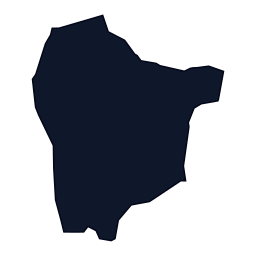 Eket, Akwa Ibom, Nigeria
{"feature_id": "59680162B97039944509950", "entity_name": "Eket", "entity_type": "district", "adm_level": 2, "iso_a3": "NGA", "parent_name": "Nigeria", "parent_adm1": "Akwa Ibom", "projection": "robinson", "projection_center": [7.954, 4.641], "detail": "fine", "context": "isolated", "style": "filled", "palette": "ink", "viewbox_px": 256, "rotation_deg": 0, "n_neighbors": 0, "source": "geoboundaries", "source_scale": "gbopen_adm2", "svg_char_len": 725}
<svg xmlns="http://www.w3.org/2000/svg" viewBox="0 0 256 256"><path d="M185.6,180.8L183.4,166.1L183.6,164.6L188.9,126.9L188.3,122.5L194.1,107.9L195.0,107.5L201.1,103.8L217.9,100.8L218.4,99.4L223.5,71.4L208.7,66.2L197.2,67.7L192.7,67.9L190.2,68.4L185.2,70.9L184.1,71.2L159.9,65.7L156.1,63.4L140.9,60.8L137.1,55.5L134.7,54.2L124.6,40.3L108.2,31.8L102.7,15.4L62.7,27.1L58.9,28.2L52.2,28.3L50.7,34.8L45.5,43.7L35.8,74.4L32.5,79.2L35.6,107.2L38.7,115.0L43.5,125.0L53.4,145.5L53.8,168.3L55.6,200.0L61.0,220.0L63.9,231.9L76.5,232.0L83.7,231.9L87.9,226.4L96.1,230.6L99.6,238.6L111.3,240.6L115.0,238.6L118.3,220.1L131.2,204.9L137.0,203.8L149.5,201.5L180.7,180.7L185.6,180.8Z" fill="#0f172a" stroke="#020617" stroke-width="1.5"/></svg>